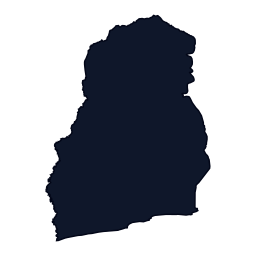 Ban Chang, Rayong, Thailand (orthographic projection)
{"feature_id": "78962969B38445835691017", "entity_name": "Ban Chang", "entity_type": "district", "adm_level": 2, "iso_a3": "THA", "parent_name": "Thailand", "parent_adm1": "Rayong", "projection": "orthographic", "projection_center": [101.027, 12.738], "detail": "fine", "context": "isolated", "style": "filled", "palette": "ink", "viewbox_px": 256, "rotation_deg": 0, "n_neighbors": 0, "source": "geoboundaries", "source_scale": "gbopen_adm2", "svg_char_len": 5615}
<svg xmlns="http://www.w3.org/2000/svg" viewBox="0 0 256 256"><path d="M193.4,37.0L192.4,36.8L191.6,36.0L189.8,35.6L189.1,34.9L187.3,34.2L187.1,33.7L185.5,33.1L183.5,31.5L182.4,31.7L181.7,31.2L180.5,31.2L179.9,30.9L178.5,29.4L177.6,29.1L176.2,29.0L175.8,28.6L174.6,28.3L173.1,26.9L172.1,26.9L171.5,25.5L169.4,25.7L168.8,24.1L167.5,23.7L166.7,22.7L164.9,22.2L162.5,20.8L162.0,20.2L161.6,19.4L161.2,19.2L160.9,18.5L159.5,17.1L158.5,16.4L158.0,15.8L157.3,15.7L157.0,16.1L156.6,16.0L155.7,16.3L153.7,15.4L152.2,16.8L152.0,17.4L150.6,17.6L149.0,18.6L147.0,18.4L144.7,18.9L144.2,19.3L143.7,18.9L141.9,18.5L141.5,18.8L140.0,18.7L138.7,19.1L138.3,19.6L136.4,21.0L136.3,21.8L135.8,22.3L134.6,22.5L134.5,22.2L133.7,22.0L133.0,23.0L132.1,23.8L130.9,24.1L130.7,24.5L128.8,25.4L128.0,25.5L127.5,26.3L126.8,26.5L125.6,26.1L124.9,26.1L124.6,25.8L122.6,25.6L121.5,26.0L120.8,26.7L120.0,27.1L119.5,26.9L118.5,25.6L116.0,25.9L115.4,27.0L114.5,27.5L114.1,28.2L112.9,29.0L112.5,29.7L110.0,30.6L109.5,32.0L109.5,32.7L108.9,34.5L108.9,35.3L107.4,37.5L106.7,40.1L103.0,41.4L102.5,41.2L102.1,40.3L101.7,40.1L101.1,41.1L99.4,41.8L98.9,42.3L97.3,42.5L96.7,43.2L95.9,43.3L95.0,43.7L94.2,43.7L93.6,43.9L93.2,44.3L93.0,44.9L91.4,45.3L91.6,46.0L90.9,45.9L90.2,46.5L90.1,47.3L90.4,47.8L90.2,48.2L90.1,49.3L88.3,50.6L88.2,53.3L86.0,58.8L85.0,60.5L84.6,62.0L84.6,64.3L85.2,70.3L86.3,77.4L85.7,77.4L85.3,79.8L82.8,80.7L82.4,83.2L82.8,84.2L82.8,85.1L83.5,86.3L83.1,87.4L83.2,88.5L82.9,88.8L83.0,89.5L82.7,89.8L83.6,90.8L84.0,91.7L83.8,92.6L84.2,93.2L84.0,94.3L84.4,95.2L84.3,95.8L84.7,96.0L85.7,95.7L86.3,95.8L86.3,96.1L86.1,96.5L87.3,97.8L87.3,98.9L87.5,98.9L87.7,99.4L87.6,99.9L87.2,100.1L86.2,99.9L85.6,100.3L84.9,101.9L84.0,103.0L83.6,104.0L83.0,104.0L83.3,104.9L83.1,105.7L83.3,106.3L83.0,107.1L82.2,107.3L82.1,107.0L81.4,106.8L80.8,106.9L79.4,108.7L78.5,109.2L78.9,110.0L78.7,111.4L78.9,111.9L77.8,112.2L77.6,112.6L78.3,113.8L77.7,114.8L77.1,117.3L77.3,118.4L75.9,120.9L75.2,121.6L74.6,121.8L74.5,122.2L75.0,122.5L74.1,123.5L73.6,124.5L73.1,124.5L71.9,125.4L71.1,128.5L71.8,129.6L71.7,130.5L72.1,130.9L71.8,132.4L72.0,133.0L70.3,135.0L69.0,135.8L69.2,136.6L68.8,137.0L68.8,137.4L68.1,137.5L67.1,136.7L65.8,138.2L64.4,138.6L62.5,138.4L60.9,139.0L61.3,139.7L61.0,140.3L59.0,141.8L58.2,141.6L57.8,142.8L56.3,142.4L56.0,143.1L55.0,143.9L54.6,145.2L54.9,145.8L54.8,146.3L55.3,146.6L55.5,147.1L55.3,149.2L56.0,149.8L56.5,149.7L56.7,150.5L57.3,150.2L57.6,150.4L57.2,151.4L57.7,152.8L57.5,153.8L58.6,154.1L58.4,155.4L59.5,158.1L59.3,160.1L59.9,160.4L60.1,160.7L59.7,161.1L59.1,161.0L59.0,161.6L57.5,162.2L57.4,162.7L57.8,163.1L57.6,163.7L56.9,163.3L56.2,163.5L56.2,165.2L55.9,166.7L54.6,166.4L54.6,167.0L53.8,167.1L53.7,167.8L53.2,168.1L53.2,168.7L54.1,169.8L54.3,170.6L54.2,170.9L53.6,171.2L53.3,171.9L53.5,173.3L52.7,173.9L52.0,173.9L51.7,174.1L51.7,174.6L50.7,174.9L51.0,175.2L51.0,175.6L51.5,176.1L51.4,176.7L49.9,177.6L50.0,178.8L50.5,179.0L50.4,179.4L49.6,179.8L49.5,179.4L48.5,179.1L48.2,179.9L48.4,181.7L48.7,181.8L49.9,181.1L50.7,182.6L48.9,184.2L48.5,184.4L48.1,185.2L47.6,185.4L47.5,185.8L46.9,186.4L46.7,187.3L47.2,187.3L47.4,187.5L47.2,188.9L46.7,188.7L46.2,189.2L46.2,191.5L47.2,192.0L47.4,192.3L47.7,192.3L48.4,193.2L48.8,193.4L48.8,194.0L48.4,194.9L49.9,194.7L50.1,195.3L49.4,195.8L49.4,196.1L49.7,196.6L50.5,197.0L50.8,198.9L51.1,198.6L51.0,198.1L51.6,198.5L51.2,199.8L51.7,200.0L50.8,200.8L50.3,200.3L50.4,201.4L50.9,201.9L51.4,201.3L52.4,201.6L53.0,201.5L53.1,202.1L52.8,202.7L52.5,203.8L53.5,204.3L53.9,204.7L54.0,206.2L53.9,206.7L54.5,207.6L53.9,208.0L53.9,208.8L54.3,209.0L54.2,209.5L54.8,210.1L55.0,211.3L55.6,212.1L56.5,211.9L57.1,212.8L57.0,213.9L56.3,214.6L56.2,215.0L56.3,216.0L55.8,216.0L55.5,216.2L55.2,217.0L54.2,218.2L54.2,219.1L53.7,219.3L53.0,219.3L53.1,221.1L52.4,221.6L52.4,221.8L52.6,222.4L53.1,222.6L53.4,222.5L53.8,221.9L54.0,222.0L53.8,223.0L53.9,224.6L55.6,224.9L56.5,228.2L57.0,228.5L57.4,229.1L57.2,229.6L56.4,229.9L55.9,230.9L56.2,231.9L57.4,232.7L57.8,233.5L57.7,234.1L56.2,235.3L56.4,236.2L57.6,236.6L57.9,237.3L57.8,237.7L57.0,238.6L56.6,240.6L58.5,240.4L65.0,238.0L67.5,237.4L77.9,235.4L81.8,235.1L88.4,233.7L91.9,233.4L98.2,232.1L103.3,231.4L118.1,230.2L118.7,229.9L122.7,228.8L125.2,227.9L127.2,227.8L127.5,225.9L128.2,225.0L129.3,223.9L132.4,222.4L139.6,221.4L143.5,221.7L147.6,220.4L149.1,220.2L149.3,219.0L151.1,218.1L151.1,217.0L152.3,216.2L154.9,215.3L166.1,214.3L176.4,214.4L177.7,214.2L186.1,215.0L189.2,214.5L190.6,214.7L191.9,214.4L191.9,213.2L192.7,212.5L196.2,211.5L197.8,210.6L197.4,210.0L197.3,208.7L197.0,208.4L196.5,208.6L195.8,208.4L194.9,207.6L195.0,192.4L195.8,188.3L196.0,186.9L195.7,185.8L197.5,183.5L198.5,182.8L209.6,168.4L209.8,166.2L209.1,160.0L208.9,159.2L208.4,158.6L208.0,156.7L207.1,155.3L206.2,154.6L205.1,152.9L203.9,150.5L203.9,149.6L205.1,148.3L205.9,146.5L205.6,145.2L206.4,144.2L206.4,142.8L207.0,139.4L207.0,136.6L205.9,133.9L204.7,132.2L204.6,131.2L205.1,129.0L204.5,128.0L204.4,125.8L203.4,125.0L203.3,122.4L201.4,115.7L198.4,110.6L195.9,107.9L192.2,102.7L190.6,99.3L189.3,97.0L188.4,96.6L186.4,96.4L183.3,97.1L183.0,96.6L183.2,95.1L182.1,94.2L182.2,93.5L182.5,93.4L185.1,93.5L186.5,93.1L187.0,92.7L187.7,91.0L187.3,87.7L187.3,85.2L187.6,83.8L188.4,83.2L190.2,82.7L193.1,81.3L193.7,80.9L194.0,80.3L194.0,79.2L193.3,77.1L191.0,74.5L190.4,73.3L189.7,72.6L190.0,72.3L191.9,72.2L192.7,71.1L192.3,70.1L190.1,68.0L191.5,65.8L192.2,64.2L192.3,61.8L191.9,58.8L190.8,56.9L187.1,55.5L186.5,54.6L187.1,54.1L192.3,53.1L193.4,52.0L194.2,50.3L194.7,47.5L194.3,45.7L195.0,44.3L195.2,43.5L195.1,40.0L194.8,38.9L193.4,37.0Z" fill="#0f172a" stroke="#020617" stroke-width="1.5"/></svg>